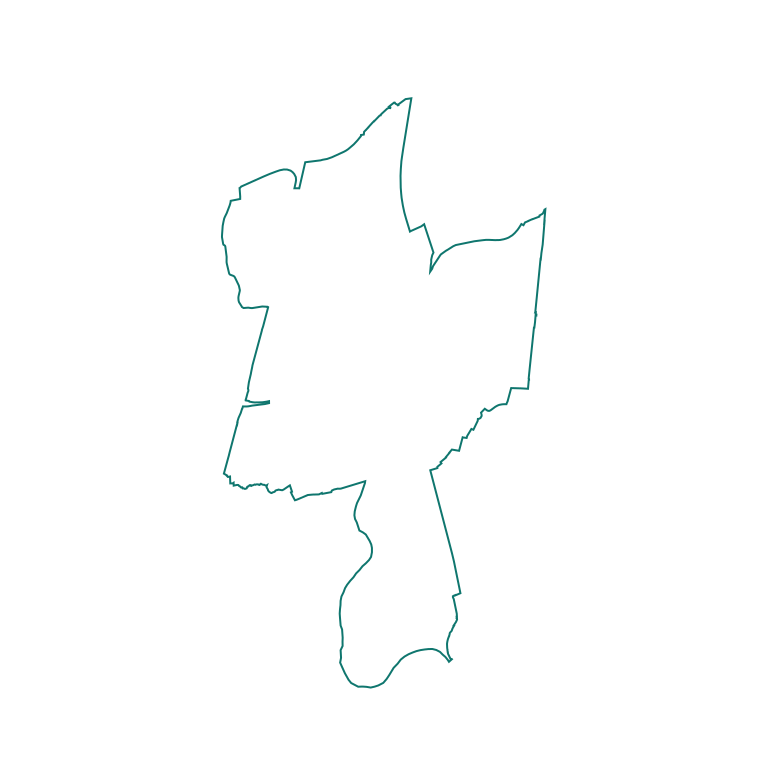 Maasgouw, Limburg, Netherlands, rotated 314°
{"feature_id": "6326949B12614711390574", "entity_name": "Maasgouw", "entity_type": "district", "adm_level": 2, "iso_a3": "NLD", "parent_name": "Netherlands", "parent_adm1": "Limburg", "projection": "natural_earth1", "projection_center": [5.882, 51.158], "detail": "fine", "context": "isolated", "style": "outline", "palette": "teal", "viewbox_px": 768, "rotation_deg": 314, "n_neighbors": 0, "source": "geoboundaries", "source_scale": "gbopen_adm2", "svg_char_len": 6046}
<svg xmlns="http://www.w3.org/2000/svg" viewBox="0 0 768 768"><g transform="rotate(314 384 384)"><path d="M608.5,205.2L603.9,201.6L594.4,200.0L594.4,200.5L594.1,200.4L594.1,199.0L593.6,197.6L593.9,196.3L593.5,195.8L590.2,195.3L586.9,194.9L587.0,195.7L587.3,196.5L586.8,196.8L586.0,195.8L585.1,195.3L584.1,195.0L577.1,194.6L575.7,194.6L575.0,195.0L574.1,194.4L566.1,194.4L566.1,194.2L563.4,194.2L557.5,194.4L557.5,194.5L554.6,194.5L554.1,194.6L553.9,194.5L551.6,194.5L549.4,196.2L547.1,194.5L546.3,195.2L540.8,195.7L535.4,195.8L528.1,195.1L525.7,194.6L523.4,193.9L510.9,189.0L506.3,186.7L502.7,184.1L500.8,183.0L488.8,173.3L465.9,187.1L462.6,183.6L467.6,180.5L469.6,179.1L471.6,176.8L472.7,173.5L472.9,171.1L472.6,168.6L471.0,165.4L468.7,162.9L465.4,160.6L461.7,158.7L455.8,155.9L449.7,153.3L426.8,144.1L425.0,144.2L424.6,144.0L420.7,148.4L419.0,150.3L417.2,152.0L409.3,146.5L407.6,147.7L405.1,149.0L397.6,152.2L393.8,153.4L392.0,154.1L388.9,156.0L385.7,158.1L378.9,163.8L377.2,165.3L373.1,170.9L372.7,171.7L373.0,173.3L372.9,173.9L372.7,174.3L366.2,182.4L362.3,186.1L361.4,187.3L356.0,195.7L355.8,196.2L355.7,196.9L355.8,197.5L357.2,200.7L357.3,201.7L357.2,202.4L356.6,204.1L354.2,210.6L353.8,211.5L351.4,215.1L350.6,215.7L346.1,218.4L344.8,219.4L343.1,221.3L342.7,221.9L342.1,223.0L341.0,227.5L340.7,228.2L341.1,230.2L344.6,233.3L346.4,235.8L347.1,236.5L355.2,242.6L358.3,246.2L358.2,246.3L358.8,247.0L358.8,247.3L341.5,257.0L338.1,258.6L337.8,258.9L306.1,276.4L304.5,277.5L300.7,279.9L298.6,281.3L291.4,285.6L286.1,289.4L286.1,289.6L285.4,290.7L284.3,291.5L283.3,291.8L278.3,294.6L276.3,295.6L276.1,295.9L278.0,298.7L277.8,299.4L279.8,302.4L281.0,303.9L285.3,308.2L286.7,309.5L290.0,312.0L291.8,313.2L290.4,314.6L286.8,312.2L276.9,304.2L275.3,303.1L273.4,301.7L271.8,300.2L269.9,298.1L267.8,299.2L267.6,299.1L263.6,301.1L258.6,302.9L256.2,304.1L254.6,305.0L254.7,305.3L253.8,305.9L252.7,306.6L252.7,306.4L231.6,318.2L228.0,320.2L223.7,322.7L223.8,322.6L208.3,331.1L209.1,334.3L208.8,334.3L208.7,336.3L210.5,337.5L205.7,342.5L206.5,343.3L207.2,344.1L208.5,344.4L206.5,346.5L208.6,347.9L209.4,348.5L210.1,349.3L210.2,349.5L210.0,350.2L210.0,350.6L210.3,351.1L210.2,352.8L210.3,353.1L210.9,353.4L211.2,353.7L211.2,353.9L210.8,354.5L210.7,354.8L211.5,355.6L211.9,356.8L212.3,357.1L213.5,357.7L213.9,357.6L214.5,357.2L215.1,357.1L215.5,357.1L216.0,357.6L217.7,357.6L218.0,357.7L218.7,358.4L218.6,358.7L218.3,359.0L218.4,359.3L219.6,359.7L220.6,360.3L221.6,360.6L221.9,360.8L222.1,361.4L223.1,361.9L224.3,363.1L224.7,364.4L225.0,364.6L225.3,364.7L226.4,364.5L226.7,364.7L226.9,365.7L227.6,367.2L228.3,367.9L228.7,369.3L229.6,370.0L230.0,370.1L228.8,370.7L228.2,371.2L227.5,373.6L226.9,374.6L226.7,375.9L227.0,377.9L227.3,378.7L227.7,379.0L228.5,379.1L230.1,380.0L230.8,380.2L231.9,380.0L232.9,380.4L234.0,381.2L234.6,381.3L236.8,384.5L238.2,385.1L244.0,386.3L245.7,386.7L242.6,392.7L241.4,392.3L240.2,395.4L238.5,400.7L239.9,401.5L241.7,402.3L251.2,406.3L254.8,409.4L259.4,413.9L262.5,415.0L262.1,415.9L269.6,421.2L271.1,420.5L273.5,421.4L276.7,423.5L277.3,424.3L278.7,425.6L301.0,438.0L299.5,439.1L287.7,444.7L279.6,447.3L276.4,448.9L272.1,451.4L269.0,453.9L266.8,456.9L265.5,460.6L261.5,468.1L262.6,471.9L263.1,475.5L261.1,482.8L259.7,486.3L257.7,489.2L254.6,492.2L250.6,494.8L246.9,495.5L242.6,495.5L238.0,495.1L233.2,495.6L228.4,495.5L223.8,496.3L219.1,496.4L214.1,496.9L210.1,497.8L206.0,499.6L201.6,501.0L197.9,503.4L194.7,506.3L191.3,508.9L188.1,511.6L185.3,514.7L180.1,520.6L178.3,524.4L172.8,530.5L169.8,533.2L166.8,536.2L162.4,537.7L157.2,543.3L153.1,546.0L151.6,549.7L148.8,556.7L146.6,564.0L146.1,568.1L148.3,575.7L151.5,578.8L154.0,581.8L156.4,585.3L159.8,587.5L163.2,589.3L168.5,591.1L173.7,590.8L178.1,590.0L186.5,588.1L192.3,588.1L197.4,587.5L202.2,588.1L206.7,589.4L210.7,591.1L214.4,592.9L217.9,595.1L221.2,597.6L224.2,600.1L227.0,602.9L229.0,606.4L230.2,610.4L230.1,614.2L230.3,617.8L229.8,621.7L229.3,623.7L233.2,624.0L233.2,623.7L232.5,623.3L232.3,623.2L234.4,617.5L235.2,616.3L235.4,616.3L235.8,615.7L236.0,615.2L237.1,614.1L237.2,613.8L238.3,612.5L240.9,609.8L242.7,608.5L244.7,607.3L247.1,606.2L247.5,606.2L248.1,605.9L248.2,605.7L249.2,605.3L250.4,604.4L251.1,604.2L252.8,604.2L253.6,604.1L255.7,603.1L258.8,602.3L258.6,601.9L262.8,601.1L265.3,600.2L266.2,599.2L266.0,598.9L266.5,598.5L267.1,597.8L267.4,598.0L269.4,595.8L277.6,583.8L277.9,583.2L278.4,581.8L279.2,581.0L280.3,581.3L281.6,581.9L281.4,582.1L286.6,584.3L305.0,557.5L309.4,550.6L354.1,477.2L360.6,480.8L361.5,479.9L366.8,480.5L367.1,478.9L374.2,479.7L374.3,479.3L379.9,478.9L379.9,478.7L384.0,478.4L388.1,484.4L400.3,477.6L400.6,478.2L402.6,480.9L404.5,479.9L412.4,478.1L413.2,480.1L422.6,477.0L424.1,475.8L424.6,476.3L425.4,476.7L426.7,477.0L428.9,476.4L429.8,475.4L430.8,473.7L436.2,473.7L436.6,476.4L437.0,477.5L437.8,478.4L438.7,478.8L439.5,479.0L444.9,479.9L446.6,480.4L448.0,480.9L449.2,481.5L451.3,483.0L452.9,484.4L454.5,486.1L456.0,485.4L457.3,485.0L469.4,478.3L476.4,486.0L480.6,490.9L488.0,484.9L488.1,485.1L488.4,484.8L488.4,484.3L495.5,478.7L528.7,452.7L529.0,453.0L533.5,449.6L538.9,445.2L539.2,445.9L539.9,445.3L539.6,444.6L541.1,443.4L540.6,443.0L540.8,442.9L551.7,434.3L582.6,409.8L582.7,410.1L587.5,406.3L594.5,401.3L611.8,387.1L611.5,387.1L614.5,384.6L621.9,378.6L620.9,378.3L620.5,378.6L619.9,378.8L617.8,379.6L616.6,379.8L613.2,378.8L612.4,379.5L605.6,376.3L605.6,376.2L601.5,374.5L601.4,374.6L598.2,373.2L595.1,374.0L594.5,371.7L590.2,372.6L587.6,373.0L583.4,373.2L580.2,373.0L575.8,371.9L573.6,370.9L571.3,369.6L568.3,367.5L567.2,366.5L564.6,363.9L560.7,359.5L558.7,357.4L556.0,355.1L549.4,349.8L533.8,339.1L531.2,338.1L524.6,336.5L522.9,336.0L516.8,334.9L515.7,335.0L503.4,337.3L502.6,337.5L500.4,338.6L496.9,339.2L502.1,335.0L504.3,333.5L506.2,331.6L507.5,330.8L510.2,329.2L512.9,328.3L526.8,301.9L523.3,301.3L512.8,297.1L511.7,296.8L518.2,285.1L521.5,279.5L525.4,273.7L530.1,267.4L532.9,264.1L536.8,259.7L545.2,251.3L550.4,246.7L556.4,241.7L559.7,239.3L567.4,233.8L608.5,205.2Z" fill="none" stroke="#0f766e" stroke-width="2"/></g></svg>